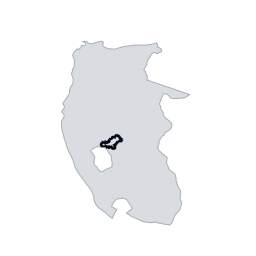 location of Mangaung, Free State, South Africa, rotated 112°
{"feature_id": "47623444B22599792684232", "entity_name": "Mangaung", "entity_type": "district", "adm_level": 2, "iso_a3": "ZAF", "parent_name": "South Africa", "parent_adm1": "Free State", "projection": "albers", "projection_center": [26.542, -29.381], "detail": "fine", "context": "in_parent", "style": "outline", "palette": "ink", "viewbox_px": 256, "rotation_deg": 112, "n_neighbors": 0, "source": "geoboundaries", "source_scale": "gbopen_adm2", "svg_char_len": 7018}
<svg xmlns="http://www.w3.org/2000/svg" viewBox="0 0 256 256"><g transform="rotate(112 128 128)"><path d="M177.5,50.0L183.7,49.3L186.5,49.9L189.7,51.3L192.8,51.9L198.1,51.6L199.9,51.9L201.3,52.4L202.3,53.1L203.6,58.4L204.7,64.0L204.6,65.8L204.7,66.5L206.1,68.9L206.6,70.4L207.4,71.7L209.0,77.7L209.2,78.8L208.5,93.2L207.7,94.9L207.9,97.2L207.0,97.4L202.1,94.3L201.2,94.4L199.7,95.4L198.3,97.1L197.6,98.5L194.9,102.3L194.7,104.7L194.8,106.9L195.6,107.0L196.2,108.5L197.5,111.0L199.7,112.7L201.9,113.4L204.8,113.8L207.2,113.8L207.2,112.2L207.9,107.8L211.8,108.5L217.7,108.7L217.1,111.5L214.7,117.9L213.0,125.2L211.1,128.8L210.0,130.2L207.1,132.8L205.6,133.6L204.3,133.9L199.3,139.1L197.4,141.7L195.7,145.4L194.1,147.5L191.6,151.9L187.4,158.4L183.9,162.6L182.4,163.8L181.4,164.4L178.7,166.8L174.8,170.8L171.9,174.3L167.6,178.3L165.1,180.1L161.4,183.5L160.4,184.0L156.2,187.3L153.2,189.2L148.4,191.5L146.5,192.2L142.0,191.6L140.1,191.9L138.5,193.3L138.4,195.3L137.8,195.6L133.6,194.7L131.9,194.9L130.9,196.0L130.1,197.3L127.7,197.4L123.5,196.1L118.5,195.4L117.3,195.3L114.9,196.4L114.1,196.6L110.5,196.5L108.6,195.9L106.7,195.9L105.3,196.5L103.6,196.8L99.0,200.7L96.6,200.8L94.6,201.3L90.8,201.0L89.8,201.3L88.7,202.0L86.2,202.4L85.3,203.0L81.2,206.7L79.5,206.4L77.3,206.5L74.7,204.8L73.7,205.0L74.0,204.4L74.0,203.5L73.0,202.5L72.1,202.7L71.5,201.9L70.0,201.9L68.8,202.2L68.3,199.1L67.7,198.8L66.2,198.8L65.5,199.0L65.2,199.3L64.8,200.1L65.0,202.3L64.4,201.7L63.7,200.4L63.4,199.0L63.5,197.3L64.6,196.6L64.1,194.5L62.1,191.0L61.0,190.3L60.0,188.5L59.1,187.9L58.7,186.6L57.7,185.7L57.3,184.0L57.7,183.0L58.4,182.5L59.2,183.2L60.1,182.9L61.3,181.6L62.0,179.7L61.8,176.8L61.5,175.0L60.1,170.4L59.5,169.4L56.9,166.2L53.8,161.9L49.8,155.1L47.8,151.0L44.5,142.6L41.9,137.9L38.7,133.6L38.3,133.4L38.7,132.8L40.1,131.6L40.7,131.3L41.1,131.4L41.5,131.1L41.7,130.3L41.8,128.7L42.4,127.0L43.0,126.2L44.3,125.6L45.4,126.1L45.8,126.7L46.1,127.5L46.5,127.9L47.3,127.8L47.8,128.3L48.2,129.3L48.2,130.0L47.8,130.5L47.9,131.1L48.5,131.9L49.2,133.5L52.0,134.1L53.5,134.1L55.0,134.4L56.4,135.1L58.7,135.1L61.8,134.5L64.4,134.5L66.4,135.1L67.9,135.1L68.8,134.6L69.1,133.9L69.0,133.1L69.4,132.5L70.4,132.2L71.2,131.5L71.7,130.4L73.1,129.4L75.3,128.6L76.4,128.6L73.9,83.3L78.1,86.2L79.2,87.6L81.4,91.7L83.7,96.8L84.2,99.4L84.1,99.9L82.2,103.4L82.2,105.1L82.5,107.1L83.1,108.1L83.7,108.4L85.1,107.8L87.3,108.2L91.6,107.8L93.7,108.0L94.2,107.8L94.7,107.4L95.2,106.1L95.7,105.7L97.6,105.1L98.5,104.4L99.8,102.0L103.9,98.7L104.3,97.9L106.7,90.3L107.5,89.2L108.7,88.4L111.0,87.8L112.4,88.0L113.9,88.7L115.6,89.7L118.1,91.7L119.0,92.0L121.5,92.0L123.0,93.4L127.7,94.2L129.1,94.1L130.5,93.4L132.9,93.4L135.4,92.8L137.0,91.5L140.0,83.2L140.3,81.4L140.6,80.9L143.1,79.9L146.1,79.2L146.7,78.8L148.6,76.5L151.0,74.6L152.8,68.0L153.9,66.5L154.6,65.8L155.0,65.8L155.7,65.4L156.5,64.6L157.5,64.1L158.6,63.9L159.4,63.4L159.7,62.5L160.3,62.1L161.1,62.1L161.6,61.8L161.7,61.3L163.6,59.9L163.7,59.3L164.7,57.9L166.9,55.7L168.8,54.5L170.7,54.3L174.1,53.2L175.4,52.2L176.2,50.8L177.5,50.0ZM170.1,147.5L173.0,146.5L175.1,145.0L175.6,142.3L177.3,140.7L177.9,139.2L178.4,137.1L177.5,134.8L176.2,134.1L173.8,132.2L172.8,130.9L171.3,129.7L170.3,128.4L168.6,128.8L166.0,129.8L164.4,130.8L163.1,131.9L160.6,132.7L158.3,136.3L157.6,137.2L155.8,139.8L153.2,141.1L153.2,141.6L154.0,143.8L155.2,145.9L156.4,147.7L156.3,148.8L156.7,149.7L157.8,150.3L159.7,152.5L160.6,153.2L163.4,153.8L163.8,153.6L164.6,152.3L164.7,151.4L166.7,148.6L167.5,147.7L170.1,147.5Z" fill="#d9dde1" stroke="#a8b0b8" stroke-width="1"/><path d="M139.1,132.2L139.0,132.9L139.1,133.1L138.8,133.5L139.3,133.7L138.9,134.4L139.0,134.4L139.0,134.6L139.0,134.8L139.3,134.8L139.2,135.1L139.4,135.5L139.1,135.6L139.1,135.8L139.1,135.7L139.1,135.8L139.1,136.2L139.3,136.2L139.5,136.2L139.7,136.3L139.6,136.6L139.8,136.6L140.1,136.3L140.4,136.6L140.8,136.5L140.9,136.9L140.9,137.1L141.3,137.1L141.5,137.0L141.6,136.9L141.8,136.8L141.9,137.2L142.0,137.2L142.1,137.6L141.9,137.8L141.4,137.9L141.5,138.2L141.6,138.4L142.2,138.5L142.2,138.9L142.3,138.9L142.5,138.8L142.7,139.3L142.9,139.3L142.9,139.1L143.0,139.2L143.0,139.3L143.3,139.2L143.3,139.3L143.4,139.0L143.6,139.2L144.3,139.3L144.6,139.5L144.8,139.8L144.8,140.1L144.9,140.8L145.5,140.9L145.7,141.0L145.8,140.9L146.1,141.0L146.2,140.6L146.4,140.5L146.8,140.6L147.0,140.5L147.2,140.8L147.3,140.7L147.4,140.4L147.5,140.5L147.8,140.4L147.8,140.5L147.8,140.8L147.8,141.1L147.7,141.2L147.8,141.3L147.7,141.4L147.9,141.5L147.9,141.4L148.6,141.2L148.9,141.1L149.0,141.2L148.9,141.3L148.7,141.5L148.5,142.0L148.8,142.2L148.8,142.3L149.0,142.2L149.0,142.4L149.2,142.1L149.5,141.9L149.6,142.2L149.8,142.1L150.0,142.2L150.3,142.5L150.2,142.5L150.0,143.3L149.8,143.8L150.1,144.3L150.3,144.3L150.5,144.4L150.4,144.5L150.5,144.6L150.4,144.7L150.6,144.9L150.7,145.1L150.5,145.3L150.5,145.5L150.7,145.3L151.0,145.5L151.0,145.8L151.1,146.0L150.9,146.0L150.7,146.0L151.0,146.4L152.0,147.1L152.5,147.1L152.6,146.6L152.9,146.7L153.3,146.8L153.3,146.7L153.6,146.4L153.9,146.2L153.6,146.1L154.0,145.9L154.2,146.1L154.3,145.8L154.7,145.7L154.9,145.5L153.7,142.4L153.3,142.1L153.0,141.8L152.9,141.7L152.8,141.4L152.9,141.1L153.0,141.0L153.2,141.3L153.3,141.2L153.3,140.9L153.5,140.9L153.5,141.0L153.6,140.9L153.8,140.8L153.7,140.7L153.9,140.6L154.0,140.5L154.0,140.3L153.8,140.2L153.5,140.3L153.4,140.1L153.3,139.8L152.8,139.9L152.7,139.8L152.4,139.4L152.7,139.0L152.4,138.9L152.2,138.7L152.8,138.3L153.0,138.5L153.4,138.8L153.4,138.7L153.5,138.5L153.5,138.4L153.7,138.2L153.4,137.9L153.2,137.6L152.9,137.8L152.9,138.1L152.4,138.0L152.2,138.1L152.2,137.8L152.2,137.7L151.9,137.3L152.0,137.3L152.1,136.9L152.1,137.0L152.2,136.6L151.9,136.5L152.0,136.3L151.8,136.1L151.7,136.0L151.8,135.9L151.7,135.7L151.8,135.6L152.1,135.5L152.3,135.3L152.3,135.2L152.8,135.0L152.8,134.8L152.7,134.7L152.9,134.4L153.1,134.4L153.1,134.1L152.9,134.0L152.8,133.9L152.6,133.7L152.3,133.7L152.2,133.5L152.0,132.9L152.1,132.6L151.7,132.4L151.5,132.6L150.7,132.5L150.0,133.4L150.3,133.5L150.0,133.9L150.0,134.0L149.9,134.1L149.7,134.3L149.6,134.5L149.6,134.3L149.3,134.2L149.1,134.5L149.0,134.3L148.8,134.2L148.7,134.1L148.5,133.4L148.4,133.5L148.2,133.2L147.8,133.1L147.5,133.4L147.4,133.2L147.2,133.1L146.9,132.7L146.5,132.9L146.5,133.3L146.2,133.2L145.9,133.0L145.8,132.9L145.7,132.9L145.8,132.7L145.8,132.4L145.5,132.2L145.1,132.7L144.9,132.6L144.7,132.5L144.7,132.3L144.6,132.2L144.4,131.9L144.2,131.8L144.1,131.7L143.9,131.6L144.0,131.5L143.9,131.4L143.9,131.5L143.7,131.5L143.5,131.4L143.4,131.2L143.5,131.1L143.4,131.0L143.2,131.1L142.9,131.0L142.8,130.9L142.7,130.7L142.9,130.6L143.4,130.4L143.1,129.8L142.9,129.2L142.7,129.2L142.2,129.1L142.3,129.3L142.0,129.9L142.2,130.2L142.3,130.3L142.2,130.4L142.2,130.5L142.1,130.9L141.6,131.0L141.0,131.2L141.3,130.4L141.2,130.4L141.1,130.6L140.9,130.4L140.8,130.6L140.5,130.4L140.5,130.5L140.4,130.7L140.3,131.1L140.3,131.8L139.8,131.6L139.7,132.1L139.3,132.1L139.2,132.2L139.1,132.3L139.1,132.2Z" fill="none" stroke="#020617" stroke-width="2"/></g></svg>